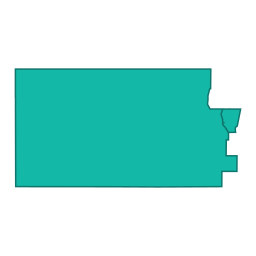 the district of Anangu Pitjantjatjara Yunkunytjatjara, South Australia, Australia
{"feature_id": "25037944B76937209298521", "entity_name": "Anangu Pitjantjatjara Yunkunytjatjara", "entity_type": "district", "adm_level": 2, "iso_a3": "AUS", "parent_name": "Australia", "parent_adm1": "South Australia", "projection": "robinson", "projection_center": [130.361, -27.059], "detail": "fine", "context": "isolated", "style": "filled", "palette": "teal", "viewbox_px": 256, "rotation_deg": 0, "n_neighbors": 0, "source": "geoboundaries", "source_scale": "gbopen_adm2", "svg_char_len": 3471}
<svg xmlns="http://www.w3.org/2000/svg" viewBox="0 0 256 256"><path d="M15.4,69.1L15.4,69.4L15.4,69.6L15.4,69.9L15.4,70.1L15.4,70.4L15.4,70.6L15.4,70.9L15.4,71.0L15.4,71.4L15.4,71.6L15.4,71.9L15.4,72.1L15.4,72.4L15.4,72.6L15.4,72.9L15.4,73.1L15.4,73.4L15.4,73.6L15.4,73.9L15.4,74.1L15.4,74.4L15.4,74.6L15.4,75.1L15.4,75.3L15.4,75.6L15.4,75.9L15.4,76.1L15.4,76.4L15.4,76.6L15.4,76.9L15.4,77.1L15.4,77.4L15.4,77.6L15.4,77.8L15.4,78.0L15.4,78.3L15.4,78.5L15.4,78.8L15.4,79.0L15.4,80.4L15.4,80.6L15.4,80.9L15.4,81.1L15.4,81.4L15.4,81.6L15.4,81.9L15.4,82.1L15.4,82.4L15.4,82.6L15.4,82.9L15.4,83.1L15.4,83.4L15.4,83.6L15.4,83.9L15.4,84.1L15.4,84.3L15.4,84.6L15.4,84.9L15.4,85.1L15.4,85.3L15.4,85.6L15.4,85.9L15.4,86.1L15.4,86.4L15.4,86.6L15.4,86.9L15.4,87.1L15.4,87.4L15.4,87.6L15.4,87.9L15.4,88.1L15.4,88.5L15.4,88.9L15.4,89.1L15.4,89.4L15.4,89.6L15.4,89.9L15.4,90.1L15.4,90.4L15.4,90.6L15.4,90.9L15.4,92.1L15.4,92.3L15.4,92.6L15.4,92.8L15.4,93.1L15.4,93.3L15.4,93.5L15.4,93.8L15.4,94.1L15.4,94.3L15.4,94.6L15.4,94.8L15.4,95.1L15.4,95.3L15.4,95.6L15.4,95.8L15.4,96.1L15.4,96.3L15.4,96.6L15.4,96.8L15.4,97.1L15.4,97.3L15.4,97.6L15.4,97.8L15.5,98.1L15.5,98.3L15.5,98.6L15.5,98.8L15.5,99.1L15.5,99.3L15.5,102.1L15.5,102.3L15.5,102.6L15.5,102.8L15.5,103.1L15.5,103.3L15.5,103.8L15.5,104.1L15.5,104.3L15.5,104.6L15.5,104.8L15.5,105.1L15.5,105.3L15.5,105.6L15.5,105.8L15.5,106.1L15.5,106.3L15.5,106.6L15.5,106.8L15.5,107.1L15.5,107.3L15.5,107.6L15.5,107.8L15.5,108.1L15.5,108.3L15.5,108.6L15.5,108.8L15.5,109.1L15.5,109.3L15.5,110.6L15.7,186.6L110.3,186.7L157.6,186.9L204.5,186.7L221.8,186.6L221.8,184.0L221.9,171.4L227.5,171.4L236.9,171.4L237.0,155.8L228.7,155.8L226.1,155.8L226.2,147.5L226.3,139.9L228.5,139.9L228.5,132.9L226.1,128.8L222.8,124.7L222.7,124.5L222.7,123.4L222.6,119.8L222.2,117.9L221.9,117.1L221.5,116.2L221.4,115.9L221.5,116.0L221.5,115.9L221.4,115.9L221.0,114.1L222.6,109.0L220.0,109.0L219.9,109.0L210.0,109.0L208.8,106.7L207.5,104.3L207.8,101.1L208.0,99.0L207.9,96.0L207.9,95.9L208.5,93.6L209.6,89.1L210.2,88.7L210.6,88.7L210.8,69.1L209.8,69.1L209.0,69.1L206.0,69.1L205.2,69.1L198.2,69.1L181.8,69.1L177.7,69.1L176.9,69.1L176.4,69.1L175.7,69.1L175.4,69.1L173.9,69.1L160.1,69.1L159.3,69.1L157.3,69.1L155.5,69.1L154.7,69.1L143.5,69.1L143.3,69.1L143.2,69.1L142.9,69.1L142.7,69.1L142.4,69.1L142.2,69.1L141.9,69.1L141.7,69.1L141.4,69.1L141.2,69.1L140.2,69.1L139.9,69.1L139.5,69.1L138.7,69.1L138.0,69.1L137.9,69.1L137.2,69.1L136.4,69.1L136.1,69.1L135.9,69.1L128.1,69.1L125.7,69.1L122.6,69.1L119.6,69.1L112.7,69.1L111.9,69.1L111.2,69.1L98.2,69.1L97.4,69.1L88.0,69.1L86.7,69.1L82.6,69.1L82.2,69.1L80.2,69.1L79.8,69.1L79.5,69.1L77.7,69.1L77.4,69.1L74.6,69.1L74.1,69.1L73.8,69.1L73.6,69.1L73.1,69.1L72.4,69.1L71.5,69.1L71.0,69.1L70.5,69.1L67.8,69.1L57.8,69.1L55.6,69.1L55.1,69.1L54.7,69.1L54.4,69.1L50.9,69.1L50.4,69.1L49.8,69.1L48.4,69.1L48.2,69.1L46.3,69.1L45.1,69.1L44.6,69.1L44.0,69.1L43.9,69.1L43.4,69.1L41.2,69.1L40.4,69.1L35.5,69.1L35.2,69.1L33.7,69.1L31.4,69.1L30.6,69.1L29.9,69.1L25.3,69.1L21.5,69.1L16.1,69.1L15.4,69.1ZM228.5,132.7L228.5,132.4L228.9,132.4L229.7,132.4L230.1,132.4L235.6,132.3L235.4,131.4L235.3,128.5L235.4,127.9L235.6,127.3L236.6,126.5L237.2,126.1L237.5,124.7L240.6,109.1L233.2,109.1L229.1,109.0L226.0,109.1L222.7,109.0L222.6,109.5L221.1,114.0L221.5,116.0L221.5,115.9L221.5,116.0L222.0,117.0L222.2,117.8L222.7,119.8L222.8,123.0L223.3,123.0L222.9,123.3L222.8,124.5L226.2,128.7L228.5,132.7Z" fill="#14b8a6" stroke="#0f766e" stroke-width="1.5"/></svg>